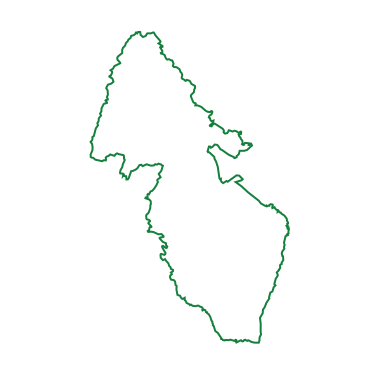 outline of Mbooni, Eastern, Kenya, rotated 227°
{"feature_id": "3690345B27986350710354", "entity_name": "Mbooni", "entity_type": "district", "adm_level": 2, "iso_a3": "KEN", "parent_name": "Kenya", "parent_adm1": "Eastern", "projection": "albers", "projection_center": [37.612, -1.65], "detail": "fine", "context": "isolated", "style": "outline", "palette": "green", "viewbox_px": 384, "rotation_deg": 227, "n_neighbors": 0, "source": "geoboundaries", "source_scale": "gbopen_adm2", "svg_char_len": 6076}
<svg xmlns="http://www.w3.org/2000/svg" viewBox="0 0 384 384"><g transform="rotate(227 192 192)"><path d="M185.1,267.6L187.1,268.2L187.6,267.7L187.2,265.9L187.7,265.4L189.0,266.7L191.7,264.3L191.1,262.0L192.1,261.2L192.9,261.2L193.3,262.5L195.3,263.8L197.7,264.0L198.9,264.6L200.4,264.5L202.0,265.2L201.0,267.4L202.3,268.9L202.9,268.9L203.6,266.4L206.2,265.9L208.0,264.7L208.5,263.0L212.0,261.1L211.0,258.1L212.2,256.0L214.0,255.8L215.3,257.3L217.4,257.6L226.7,255.2L227.2,253.5L226.7,251.1L227.8,250.2L228.5,250.4L228.6,251.1L228.3,254.3L229.6,256.4L230.6,254.5L232.3,254.6L233.7,255.5L235.0,255.1L235.9,256.8L235.5,259.2L236.7,261.5L237.4,261.7L238.0,261.4L238.2,259.6L240.1,258.1L242.3,257.4L248.1,256.8L251.6,255.1L253.1,253.5L254.0,255.0L254.5,255.1L255.9,254.3L256.9,254.2L262.5,256.3L263.3,257.0L263.6,257.8L263.7,261.4L265.3,263.3L266.0,265.3L267.6,266.5L271.5,265.3L274.5,266.1L275.3,265.9L277.6,264.6L277.5,263.3L278.0,262.9L279.4,262.9L281.4,262.1L282.1,262.1L282.9,262.7L284.2,264.7L286.0,265.5L287.8,265.5L290.3,266.6L293.8,265.8L295.7,264.1L297.2,263.9L298.4,266.0L301.6,267.3L302.7,266.4L304.8,265.8L305.8,264.1L307.7,264.1L310.9,265.4L313.1,264.7L314.3,263.8L315.0,264.1L314.5,265.6L315.3,266.5L319.5,267.3L319.6,267.9L318.5,268.8L318.3,269.4L318.9,270.0L323.5,268.8L323.2,270.9L323.4,271.5L324.1,271.8L331.5,272.1L334.6,272.8L335.2,272.4L336.2,269.9L338.2,267.9L338.5,267.1L337.7,264.5L338.8,261.8L342.0,261.6L344.3,263.2L345.0,262.7L345.9,261.3L345.4,260.3L346.6,260.1L346.9,259.7L346.2,258.4L346.5,256.2L347.7,254.0L346.6,252.2L346.8,249.4L346.1,247.6L346.0,245.3L344.7,243.0L344.5,239.8L343.5,237.8L341.2,235.7L341.6,230.5L341.3,229.1L339.7,227.7L336.0,227.7L335.1,227.3L337.0,221.2L336.1,218.3L336.6,215.5L334.8,215.7L333.8,215.1L332.5,212.3L333.0,211.4L333.0,210.5L332.6,210.2L329.3,211.2L326.2,209.8L326.3,207.0L327.8,203.7L326.8,200.7L326.3,200.0L324.1,199.7L322.6,198.6L320.4,196.7L319.4,194.4L317.3,193.8L317.0,193.2L317.9,191.9L317.9,191.1L315.5,190.9L315.1,190.4L316.4,188.2L316.5,187.2L314.8,182.7L312.8,180.8L312.0,178.2L310.0,177.7L309.4,174.0L307.6,172.1L306.8,169.7L304.9,168.7L304.1,165.0L299.9,158.4L300.1,156.6L298.7,155.4L297.9,153.9L297.9,152.1L297.4,151.8L295.7,151.9L292.7,150.0L290.4,147.6L288.6,143.5L286.7,141.8L285.6,142.0L284.4,143.1L281.7,143.3L275.8,147.3L275.4,149.2L273.9,150.5L274.3,151.2L276.0,152.4L276.1,153.8L275.4,155.3L275.2,157.8L271.3,160.0L271.7,161.7L271.5,163.2L271.1,163.7L269.6,164.3L265.7,167.0L264.8,166.8L262.7,165.0L261.3,164.7L259.3,160.1L257.8,158.1L256.8,154.7L255.1,152.4L254.5,152.2L252.7,153.9L252.0,154.0L250.7,152.4L250.8,153.9L249.8,153.5L248.4,154.6L245.9,152.6L245.0,153.8L245.3,155.1L248.7,161.7L247.6,163.5L246.8,166.2L246.6,168.2L247.5,171.9L246.5,173.5L244.6,173.5L243.2,177.7L239.6,179.7L238.4,181.0L237.5,182.2L237.4,184.1L236.5,184.5L235.7,185.6L235.7,186.7L233.2,188.2L231.8,188.2L231.1,188.6L228.4,184.0L227.9,180.0L224.2,179.1L224.6,175.2L224.3,174.6L222.6,173.9L221.3,170.7L220.3,166.9L220.0,163.6L220.7,162.0L219.6,159.0L220.5,158.6L220.5,157.6L218.4,155.9L219.6,154.4L219.2,153.7L215.7,155.6L213.6,155.6L211.3,153.8L210.8,152.6L208.7,150.5L206.4,146.1L206.4,143.4L205.8,142.1L203.4,140.4L202.7,140.4L200.8,141.6L199.5,141.6L199.2,141.2L199.4,139.5L198.8,138.7L194.5,138.8L194.1,138.3L195.1,137.1L195.0,136.6L193.5,134.9L193.7,133.0L193.1,132.7L192.5,132.9L191.3,134.6L189.1,136.5L184.1,138.5L182.0,141.0L179.2,141.1L178.6,140.5L178.8,140.1L180.4,137.7L180.5,137.0L179.9,136.7L175.5,136.6L172.3,138.0L171.0,136.8L168.9,136.7L168.4,135.3L168.7,134.8L172.3,134.1L172.7,133.1L171.6,132.4L165.4,131.0L164.8,130.0L164.8,129.0L167.8,127.2L167.7,126.3L165.3,124.3L162.0,124.2L161.3,126.5L159.5,126.1L156.0,126.1L153.5,124.9L151.5,125.0L150.2,124.1L148.0,125.0L147.0,123.9L147.5,121.7L145.6,121.2L145.7,119.0L144.5,117.7L142.3,116.9L139.9,118.6L138.1,118.6L135.1,116.5L133.8,116.7L131.4,114.2L126.7,111.2L124.2,112.5L122.5,111.9L120.7,111.9L120.2,112.2L119.6,114.5L117.9,112.9L116.8,113.1L114.6,112.4L111.7,113.5L110.6,113.4L110.3,114.5L108.4,114.8L105.9,116.8L105.3,118.4L104.2,119.4L103.2,119.5L101.2,120.6L100.0,120.6L99.3,120.3L98.8,119.1L98.2,118.9L97.7,120.6L96.4,121.1L94.6,120.3L93.7,121.0L92.9,120.4L91.2,120.9L87.9,120.1L84.6,118.5L83.4,118.5L82.4,117.6L81.4,117.4L80.4,116.4L79.2,116.5L74.4,114.2L71.3,114.8L65.5,113.8L64.6,113.1L64.0,113.7L62.7,113.6L61.4,114.5L61.0,114.9L61.1,115.5L58.5,117.9L57.8,119.4L54.0,121.6L54.2,123.0L53.7,123.4L53.2,123.3L52.7,122.1L51.7,121.8L50.2,126.7L48.4,126.9L47.9,127.9L48.1,129.2L47.5,130.3L46.4,130.3L45.3,131.1L45.3,131.9L44.9,132.2L41.9,133.2L39.4,134.8L36.3,138.0L37.5,140.3L38.6,141.1L39.9,142.9L40.7,145.3L43.0,146.9L48.7,152.3L53.6,155.9L55.1,161.0L57.6,163.7L58.1,166.4L60.3,171.1L61.4,176.0L62.4,176.5L65.0,180.7L64.4,182.9L66.7,186.9L66.8,189.4L68.5,189.4L71.4,194.0L72.3,197.5L72.9,198.2L75.4,199.2L75.5,202.2L75.9,202.4L76.2,204.5L78.4,206.5L78.6,207.2L78.1,208.4L79.2,209.4L80.0,212.4L82.9,214.7L83.5,214.4L85.7,215.6L86.9,217.4L87.6,220.9L89.2,221.9L90.0,223.6L92.2,224.7L95.9,230.3L95.1,232.7L96.2,232.7L95.9,234.4L96.9,235.0L98.8,237.6L99.9,236.8L100.9,237.5L100.7,238.4L101.9,237.9L102.7,238.0L102.3,239.2L103.7,239.7L103.6,240.9L104.2,241.4L106.1,241.8L107.9,243.1L111.7,243.5L115.5,242.6L116.5,242.9L117.4,242.2L119.0,242.4L119.1,241.1L120.3,242.4L121.4,241.6L123.5,241.6L124.6,242.0L125.4,239.8L126.0,240.1L127.3,242.2L127.8,242.4L129.4,241.3L129.7,240.1L129.2,239.2L129.9,238.7L130.3,237.1L131.4,237.2L131.4,236.4L132.1,236.0L136.6,234.6L140.1,234.9L153.3,232.8L162.4,232.1L169.5,230.7L166.8,236.1L166.8,237.8L171.8,237.7L173.8,235.9L175.2,225.1L176.5,224.8L177.3,220.8L179.4,220.5L181.1,221.1L182.0,222.2L182.5,221.2L183.5,221.5L192.6,227.9L198.0,230.4L201.1,231.2L202.4,232.2L208.4,231.8L209.9,231.4L210.2,230.9L211.1,231.1L213.7,235.4L212.7,236.3L211.5,236.0L211.0,237.8L211.2,241.0L209.3,242.5L207.8,242.6L203.7,241.9L202.7,242.5L194.1,244.3L189.0,246.4L188.1,246.1L187.6,246.4L187.0,248.3L187.8,249.1L187.7,251.9L189.6,255.0L186.5,258.3L185.2,260.9L185.1,267.6Z" fill="none" stroke="#15803d" stroke-width="2"/></g></svg>